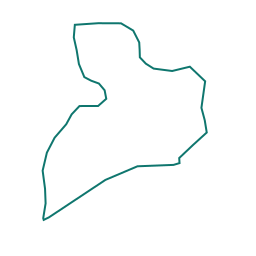 Siyəzən, Albers equal-area conic projection, rotated 98°
{"feature_id": "AZE-1712", "entity_name": "Siyəzən", "entity_type": "District", "adm_level": 1, "iso_a3": "AZE", "parent_name": "Azerbaijan", "parent_adm1": "", "projection": "albers", "projection_center": [49.056, 41.028], "detail": "fine", "context": "isolated", "style": "outline", "palette": "teal", "viewbox_px": 256, "rotation_deg": 98, "n_neighbors": 0, "source": "natural_earth", "source_scale": "10m", "svg_char_len": 638}
<svg xmlns="http://www.w3.org/2000/svg" viewBox="0 0 256 256"><g transform="rotate(98 128 128)"><path d="M155.6,72.1L158.2,77.8L164.6,113.3L182.5,143.1L227.6,194.0L230.7,198.7L229.1,199.4L214.1,199.1L199.7,201.7L182.1,206.6L163.7,204.9L147.8,199.3L132.9,189.7L122.3,185.7L113.0,179.1L110.4,160.7L102.1,153.6L93.9,156.4L88.0,163.0L86.3,171.0L83.7,178.3L71.5,185.5L58.0,189.7L45.8,194.3L33.2,195.0L28.4,172.2L25.3,149.5L30.8,136.4L41.7,128.8L48.7,127.4L56.4,126.1L61.8,119.3L65.6,110.9L65.4,92.2L58.7,75.3L71.0,58.1L97.8,58.1L109.6,53.1L121.5,49.4L135.7,61.2L150.6,73.1L155.6,72.1Z" fill="none" stroke="#0f766e" stroke-width="2"/></g></svg>